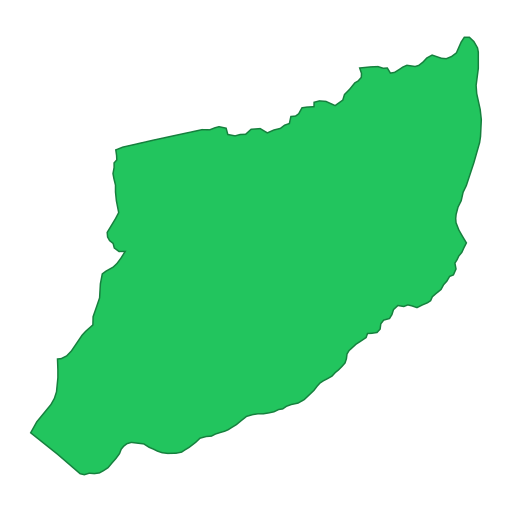 Maurilândia do Tocantins, Tocantins, Brazil
{"feature_id": "56859067B46182504627993", "entity_name": "Maurilândia do Tocantins", "entity_type": "district", "adm_level": 2, "iso_a3": "BRA", "parent_name": "Brazil", "parent_adm1": "Tocantins", "projection": "mercator", "projection_center": [-47.581, -6.021], "detail": "fine", "context": "isolated", "style": "filled", "palette": "green", "viewbox_px": 512, "rotation_deg": 0, "n_neighbors": 0, "source": "geoboundaries", "source_scale": "gbopen_adm2", "svg_char_len": 2702}
<svg xmlns="http://www.w3.org/2000/svg" viewBox="0 0 512 512"><path d="M30.7,432.8L57.5,454.2L80.1,473.7L84.3,474.7L89.2,473.2L94.4,473.6L99.4,472.9L103.4,470.7L108.0,467.7L112.2,462.7L115.9,458.5L119.5,453.6L121.2,449.2L123.7,446.2L126.9,443.7L131.3,442.4L136.3,443.0L143.8,443.9L149.1,447.3L153.6,449.2L157.4,451.1L162.1,452.7L167.7,453.4L176.1,453.2L181.6,452.1L184.9,449.9L188.9,447.5L192.2,445.0L195.8,442.2L200.0,438.2L206.2,436.5L211.4,436.1L215.5,434.0L220.2,432.5L224.7,431.2L228.2,429.7L231.8,427.4L236.4,424.6L241.1,420.7L246.5,416.4L252.7,414.6L257.8,413.8L263.3,413.8L268.7,412.9L273.9,411.8L278.7,409.5L282.7,408.9L286.4,406.3L291.3,404.5L298.0,403.1L304.2,399.6L309.3,394.8L313.9,390.4L317.1,386.2L320.0,383.0L323.5,380.7L327.2,378.8L332.0,376.1L335.3,372.5L338.4,370.0L341.9,366.5L345.0,363.0L346.4,358.8L347.0,354.0L349.1,350.5L352.1,347.8L356.0,344.2L361.7,340.5L366.1,337.5L367.5,333.5L371.6,333.3L377.0,332.5L380.1,329.1L380.8,323.8L383.7,320.1L389.5,318.5L391.9,314.6L393.5,309.6L397.9,305.5L403.8,306.5L407.8,304.9L412.0,305.9L417.0,307.6L422.6,304.8L427.4,302.8L430.6,300.7L432.3,296.8L435.8,293.7L441.0,289.5L443.6,284.7L446.8,281.2L449.6,276.4L453.4,274.9L456.0,269.0L454.9,263.1L457.0,259.8L458.8,256.0L461.8,252.4L463.9,247.8L466.4,242.9L462.2,235.9L458.9,230.1L456.0,222.7L455.7,218.5L456.1,214.4L458.0,207.1L461.2,200.7L463.1,192.2L466.3,185.6L473.8,162.9L479.6,142.6L480.5,136.6L481.3,119.7L480.2,109.6L476.7,93.6L476.1,85.4L478.3,68.4L478.3,52.1L477.5,47.9L473.9,41.6L469.4,37.3L464.3,37.3L461.2,42.0L456.4,52.9L451.6,56.5L446.3,58.7L441.5,58.3L432.1,55.1L426.8,58.0L423.1,62.0L418.8,65.4L415.1,66.5L406.9,65.3L402.8,67.1L399.4,69.4L394.6,72.4L390.4,73.1L387.3,68.0L383.3,68.3L378.0,66.6L370.8,66.9L359.7,68.0L361.5,73.4L361.3,77.4L358.1,81.0L354.8,82.9L349.8,89.1L344.5,94.5L342.8,100.1L335.1,105.6L325.9,101.4L319.4,100.9L314.1,102.3L314.0,106.7L306.9,107.1L302.0,107.8L298.7,113.8L295.5,116.1L290.9,116.5L289.4,123.5L284.6,125.2L280.4,128.4L273.9,130.0L267.3,132.9L260.2,128.6L251.1,129.3L245.6,134.3L240.2,134.5L235.1,135.9L227.8,134.5L226.1,128.2L219.0,126.7L214.9,127.8L209.8,129.8L201.9,129.7L154.5,139.9L122.9,147.1L115.8,149.9L116.6,155.5L116.8,159.9L114.1,162.9L114.1,167.6L113.0,173.6L113.9,178.5L115.5,185.1L115.5,192.0L116.4,200.8L118.7,212.6L115.5,218.7L107.2,232.4L107.6,237.0L109.6,240.6L113.1,243.4L114.3,248.0L119.0,251.5L125.2,251.4L121.0,258.1L117.0,263.5L113.2,267.1L105.9,271.2L102.3,273.9L100.4,283.8L99.6,297.9L96.4,307.3L93.1,316.7L92.9,324.9L85.6,331.4L82.1,335.2L71.4,351.0L66.7,355.9L61.3,358.6L57.5,359.0L57.9,369.9L57.9,377.7L56.5,391.9L54.4,398.4L51.0,404.5L36.8,421.8L30.7,432.8Z" fill="#22c55e" stroke="#15803d" stroke-width="1.5"/></svg>